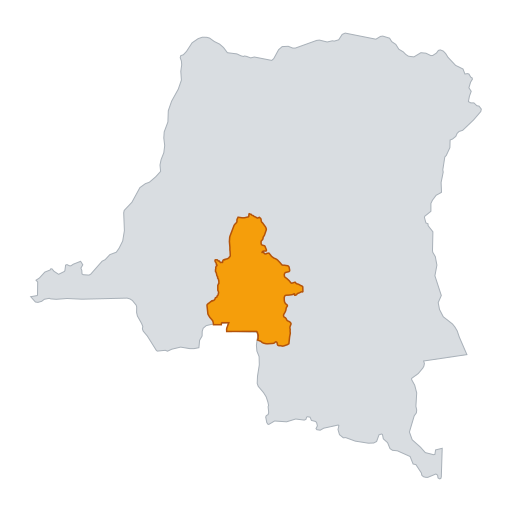 Kasaï-Occidental on a map of Democratic Republic of the Congo (orthographic projection)
{"feature_id": "COD-1872", "entity_name": "Kasaï-Occidental", "entity_type": "Province", "adm_level": 1, "iso_a3": "COD", "parent_name": "Democratic Republic of the Congo", "parent_adm1": "", "projection": "orthographic", "projection_center": [21.465, -5.12], "detail": "fine", "context": "in_parent", "style": "filled", "palette": "amber", "viewbox_px": 512, "rotation_deg": 0, "n_neighbors": 0, "source": "natural_earth", "source_scale": "10m", "svg_char_len": 9481}
<svg xmlns="http://www.w3.org/2000/svg" viewBox="0 0 512 512"><path d="M466.9,354.6L423.6,361.0L424.4,363.5L423.9,366.1L422.8,368.1L418.3,373.5L411.6,378.4L411.6,379.6L414.7,385.2L416.7,392.9L415.9,406.3L416.7,410.0L416.4,412.8L414.2,415.9L409.4,432.0L412.2,439.8L420.5,447.2L425.3,452.6L433.6,454.7L434.9,454.4L435.6,449.9L442.2,448.3L441.3,476.9L440.8,478.5L439.6,478.9L438.0,477.9L437.6,475.2L435.9,474.0L427.7,477.4L425.6,477.3L423.4,476.7L421.8,475.2L421.4,473.0L415.9,464.6L413.1,464.0L410.1,456.5L397.4,450.8L392.5,450.3L390.0,448.6L387.6,442.7L383.3,438.8L382.5,434.6L381.6,434.0L379.0,434.8L376.6,441.5L373.7,443.0L368.4,443.2L355.2,441.1L345.7,437.6L343.3,437.8L339.5,434.7L338.0,429.5L338.9,425.6L338.2,425.0L323.7,428.2L320.2,430.2L316.9,429.7L316.0,428.6L317.4,425.9L316.7,422.9L315.7,421.5L311.4,420.4L310.1,417.2L307.5,416.7L306.6,417.2L305.9,419.4L304.3,420.1L295.7,419.0L286.6,421.8L274.6,421.0L268.8,424.4L268.0,424.3L266.8,422.6L265.7,417.1L266.3,415.6L268.1,414.6L268.7,412.4L268.1,406.7L268.6,405.4L267.9,402.1L266.2,396.9L263.6,392.7L258.2,386.3L257.2,383.4L257.5,376.2L259.3,364.9L259.1,356.6L256.9,351.1L256.4,345.2L257.9,334.7L256.5,332.1L228.7,331.3L227.6,330.5L227.0,329.0L228.3,322.8L211.4,324.4L206.3,325.6L203.2,328.2L202.2,331.4L202.1,336.0L199.6,340.3L198.9,347.7L194.2,348.6L189.6,348.6L180.6,347.1L171.8,349.2L167.5,351.2L165.3,350.3L157.4,351.1L156.4,350.5L147.3,336.0L143.2,331.1L142.4,328.8L142.8,326.5L141.6,323.5L137.4,316.0L136.6,312.5L136.7,307.0L136.2,305.2L132.4,300.5L129.9,298.9L127.1,298.1L82.0,299.2L67.1,298.5L56.3,299.3L50.8,298.9L49.2,298.3L44.3,299.3L41.7,301.3L37.9,302.4L35.4,302.0L30.7,296.7L37.0,295.6L37.5,295.1L37.7,282.0L36.0,280.2L39.4,278.0L44.8,272.1L50.1,270.0L50.8,268.8L52.0,268.9L54.0,271.3L58.6,274.3L64.3,271.5L64.9,270.7L65.6,265.1L67.0,264.6L69.5,265.8L70.9,265.8L73.3,264.2L80.6,261.3L82.8,264.8L80.9,268.1L81.8,270.4L82.0,273.9L83.2,274.7L89.0,275.1L90.7,274.2L102.1,261.2L105.1,259.7L109.9,254.6L116.3,252.2L119.1,248.2L122.7,241.0L124.4,230.6L123.7,212.8L124.2,210.4L131.9,202.3L139.9,187.6L145.3,183.7L149.4,182.2L155.7,176.8L160.6,171.4L160.0,165.0L161.1,159.6L163.8,152.8L164.7,145.6L163.8,138.0L164.2,131.9L167.9,122.0L168.3,110.7L171.6,101.2L178.3,89.1L181.4,80.1L180.8,71.3L181.7,64.8L181.4,61.0L180.2,57.7L180.8,55.6L183.3,54.8L186.5,51.4L192.1,42.8L198.2,38.6L202.4,37.2L206.8,37.3L209.6,38.1L214.3,41.5L219.6,44.1L223.5,47.5L227.4,52.7L236.9,53.9L240.9,55.8L243.4,56.5L244.3,56.0L246.3,56.3L250.7,57.9L254.3,57.0L271.7,60.4L273.7,58.7L278.6,49.7L282.2,46.6L288.2,46.3L292.8,48.1L295.3,48.1L316.7,40.4L319.5,40.1L327.2,42.0L332.3,40.8L334.3,41.1L338.7,39.8L342.2,34.4L345.2,33.1L375.9,39.2L380.5,36.4L382.8,36.1L389.6,38.2L391.7,41.6L395.8,44.4L398.8,49.2L403.3,51.9L405.7,54.4L408.4,56.2L413.9,56.9L420.9,52.7L425.9,53.2L430.9,55.6L432.7,55.5L436.4,53.1L438.4,50.4L440.3,49.9L443.3,51.1L445.7,53.6L447.9,57.2L455.6,65.4L463.0,69.0L464.9,74.0L467.5,73.6L468.9,74.0L470.8,77.2L472.1,77.9L472.4,79.2L470.6,82.1L468.9,87.8L471.2,91.3L469.4,96.3L468.4,101.6L470.8,102.9L473.9,102.9L476.8,105.7L479.0,106.1L481.3,109.1L480.8,111.5L473.6,119.9L462.7,130.3L459.0,131.5L457.1,133.4L455.8,136.4L452.6,139.0L450.1,140.0L449.9,147.6L446.3,155.4L444.8,157.0L442.8,169.8L443.2,172.1L441.1,182.5L441.5,192.3L436.1,195.3L432.5,200.1L430.9,203.4L430.9,211.3L424.8,216.2L424.4,217.3L425.9,222.9L428.0,223.8L428.1,225.7L432.9,231.8L432.5,250.4L432.7,252.2L435.3,256.6L436.9,265.1L434.9,275.8L441.3,295.5L438.2,302.6L439.5,309.5L443.3,316.8L452.5,324.0L454.9,327.0L457.2,330.9L459.3,337.1L466.9,354.6Z" fill="#d9dde1" stroke="#a8b0b8" stroke-width="1"/><path d="M226.7,331.5L226.6,329.2L226.8,328.1L228.8,322.7L222.2,322.7L221.9,322.7L221.7,322.9L221.5,323.2L221.4,323.6L221.3,324.4L221.3,324.7L213.5,324.7L213.2,322.4L212.9,321.5L212.8,321.0L212.4,320.4L209.7,317.2L208.4,315.0L207.9,314.0L207.0,305.6L207.0,305.3L207.2,304.5L207.6,304.2L208.0,303.8L208.2,303.5L208.8,303.2L209.0,303.1L209.4,302.7L209.8,302.5L210.1,302.2L210.5,301.7L211.1,301.5L211.3,301.4L211.5,301.0L211.6,300.9L211.8,301.0L212.1,301.1L212.3,301.0L212.5,300.6L213.3,300.6L213.5,300.6L213.8,300.3L214.3,300.0L214.4,299.8L214.7,299.5L214.8,299.4L215.1,298.6L215.2,298.4L215.3,297.9L215.5,297.7L216.3,297.4L216.7,297.2L216.9,297.0L217.1,296.0L217.3,295.8L217.6,295.6L217.8,295.3L218.1,294.9L218.2,294.4L218.3,293.6L218.5,293.3L218.5,293.0L218.6,292.5L218.4,291.7L218.3,291.4L218.2,291.0L217.9,290.5L217.8,290.2L217.8,285.7L217.8,285.2L218.2,284.7L218.4,283.9L218.7,283.7L218.8,283.6L218.9,283.4L218.8,280.7L218.7,280.6L218.5,279.7L218.4,279.4L218.3,279.1L218.2,278.7L217.8,278.3L217.6,278.0L217.6,277.7L217.6,277.3L217.7,277.0L217.7,276.9L217.0,275.9L216.9,275.6L216.8,275.4L216.5,273.7L216.3,273.2L216.2,272.5L216.1,272.3L215.9,272.1L215.6,271.8L215.5,271.5L215.5,270.6L215.5,269.7L215.6,269.3L215.7,269.1L215.8,268.3L215.7,267.8L215.8,267.3L216.1,266.4L216.2,266.2L216.6,266.0L216.7,265.9L217.0,265.3L217.0,265.1L216.8,264.8L216.5,264.5L216.4,264.5L216.3,264.1L216.3,263.4L216.0,262.9L215.7,262.2L215.3,261.8L215.2,261.7L215.0,260.5L215.1,260.1L215.3,259.8L215.5,259.8L216.8,259.8L217.4,259.9L218.1,260.8L218.6,261.1L219.0,260.9L219.5,261.2L219.7,261.5L220.1,262.2L220.5,262.5L220.8,262.6L221.2,262.4L221.7,262.3L222.0,262.4L222.2,262.5L222.3,262.5L222.6,262.2L222.7,261.9L222.7,261.2L222.9,260.7L223.1,260.2L223.5,259.9L224.1,259.7L224.5,259.9L224.8,259.8L224.8,259.4L225.1,259.3L225.5,259.2L226.5,259.0L227.5,258.7L228.4,258.2L229.1,257.6L229.3,257.1L229.5,256.9L229.8,256.8L229.9,256.7L230.1,256.3L230.2,255.9L230.3,255.5L230.1,251.4L229.9,250.0L229.9,247.2L229.4,241.5L229.7,237.2L230.0,236.1L234.1,225.3L235.0,224.1L236.2,222.9L236.5,222.5L236.8,222.0L236.9,221.6L237.0,221.2L236.9,220.3L237.0,219.8L237.0,219.4L237.2,219.0L238.1,217.2L242.2,217.8L244.0,217.8L244.8,217.7L245.6,217.5L247.8,217.0L248.4,216.8L248.7,216.5L249.0,214.1L249.1,213.8L249.2,213.7L249.3,213.7L250.3,214.2L250.9,214.3L251.1,214.3L251.5,214.8L252.0,215.3L252.4,215.4L253.2,215.6L253.3,215.7L253.6,216.0L254.1,216.4L255.2,216.9L255.5,217.0L255.8,217.1L256.4,217.6L257.3,218.0L257.7,218.1L259.1,217.4L259.3,217.3L260.6,218.4L261.0,219.1L261.2,220.5L261.3,221.2L261.6,221.8L261.7,222.1L261.9,222.4L262.5,222.8L265.4,226.8L265.8,227.5L266.1,228.3L266.3,229.1L266.3,229.5L266.3,229.8L264.4,235.3L263.2,237.2L263.1,237.5L263.0,238.5L262.9,238.9L262.7,239.2L262.6,239.6L262.3,239.9L261.4,240.8L261.3,241.0L261.1,241.4L261.1,243.2L261.2,243.9L261.4,244.4L261.5,244.6L261.9,244.9L262.4,245.2L264.0,245.6L264.3,245.7L264.6,245.9L264.9,246.1L265.2,246.8L266.4,249.8L266.4,250.3L266.4,250.7L266.2,250.9L265.9,251.0L265.3,251.1L264.4,251.0L264.1,251.0L263.5,251.1L263.2,251.2L262.9,251.3L262.6,251.5L262.4,251.8L262.2,252.0L262.1,252.4L262.6,252.4L263.7,252.6L263.9,252.8L264.0,253.1L264.3,253.4L264.6,253.7L264.9,253.8L265.2,253.9L265.8,253.9L266.3,253.8L266.8,253.4L268.5,253.1L268.9,253.1L270.6,255.1L271.1,255.8L271.7,256.5L273.5,257.8L273.9,258.1L275.2,258.6L276.6,259.3L277.7,260.2L280.0,262.6L281.6,264.5L281.9,264.8L282.1,265.0L282.5,265.1L283.1,265.2L284.3,265.2L286.0,265.5L287.5,265.7L287.9,265.8L288.2,266.0L288.7,266.5L289.0,266.9L289.1,267.2L289.6,269.7L289.7,270.2L289.6,270.8L289.5,271.1L289.2,271.4L289.0,271.6L288.7,271.7L285.5,272.5L285.1,272.8L284.9,273.0L284.5,273.8L284.3,274.3L284.3,274.9L284.4,276.0L284.5,276.5L284.6,276.8L284.9,277.1L286.8,278.5L289.2,280.7L290.7,282.6L291.0,282.9L291.3,283.1L291.6,283.2L292.2,283.1L292.5,283.0L294.7,282.3L295.0,282.2L295.3,282.3L295.5,282.5L295.7,282.8L295.9,283.2L296.2,283.5L296.5,283.7L298.6,284.3L300.7,285.5L301.7,285.9L302.1,286.1L302.6,286.6L302.8,286.9L302.8,287.3L302.9,291.4L302.8,291.7L302.6,291.9L302.3,291.9L301.5,291.8L301.2,291.9L300.9,292.0L300.0,292.5L299.4,292.8L297.8,293.4L297.5,293.5L297.3,293.7L297.1,293.9L296.8,294.4L296.6,294.6L296.3,294.8L296.0,295.0L295.4,295.2L295.1,295.3L294.8,295.3L294.5,295.0L294.4,294.7L294.5,294.1L294.5,293.9L294.4,293.8L294.1,293.8L292.6,294.5L292.0,294.7L288.8,295.1L286.3,295.2L285.7,295.3L285.3,295.5L285.1,295.6L284.9,295.8L284.6,296.4L284.3,297.2L284.2,297.5L284.3,300.5L284.5,301.7L284.8,302.4L285.1,303.0L285.4,303.4L285.8,303.9L287.0,304.8L287.3,305.3L287.4,305.6L287.4,306.0L287.2,306.3L286.9,306.7L286.4,307.6L286.2,308.0L285.9,310.0L285.7,310.6L285.3,311.7L283.7,314.5L283.6,314.9L283.5,315.3L283.6,316.0L283.7,316.4L283.9,316.7L284.1,317.0L284.3,317.2L285.3,317.7L285.8,318.2L286.2,318.8L286.8,320.0L287.0,320.3L287.3,320.6L287.6,320.8L288.2,321.1L289.1,321.5L289.4,321.7L290.0,322.1L290.7,322.9L290.8,323.1L291.0,323.5L291.0,323.8L291.0,324.1L290.0,326.7L289.9,327.1L289.9,327.5L289.9,328.0L290.0,328.6L290.2,329.3L290.1,330.6L290.1,331.4L290.2,332.4L290.3,333.1L290.2,333.8L289.6,336.9L288.9,343.7L287.3,344.7L283.9,345.9L282.8,346.1L282.3,346.1L281.8,346.0L281.1,345.8L280.6,345.7L279.4,345.7L278.9,345.7L278.6,345.6L278.3,345.5L278.0,345.3L277.7,345.1L277.4,344.5L277.1,342.9L277.0,342.6L276.8,342.3L276.6,342.1L276.2,341.9L275.9,341.8L275.6,341.9L275.4,342.0L274.3,343.0L273.8,343.2L273.1,343.4L267.4,343.8L265.8,343.7L263.4,343.1L262.2,342.5L261.9,342.3L261.1,341.5L260.8,341.3L257.5,340.0L257.6,339.7L257.7,339.3L257.7,339.1L258.1,338.8L258.2,338.6L258.2,337.7L258.0,337.2L258.0,336.9L258.1,336.6L258.3,336.1L258.3,335.8L258.3,335.7L258.0,335.5L258.0,335.3L258.0,335.2L258.2,334.9L258.1,334.6L257.8,334.2L257.7,334.0L257.8,333.7L257.6,333.1L257.1,331.9L256.6,331.6L256.5,331.4L226.7,331.5Z" fill="#f59e0b" stroke="#b45309" stroke-width="1.5"/></svg>